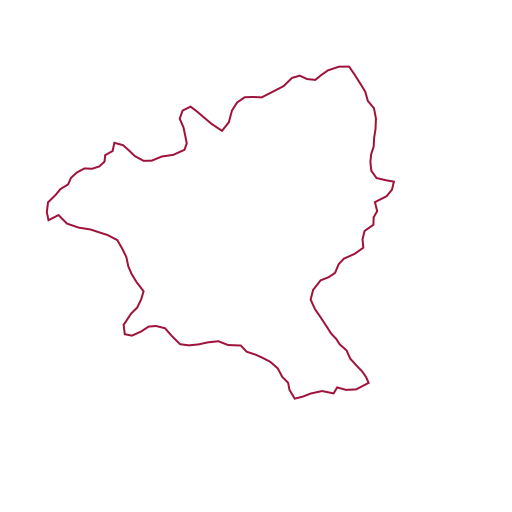 outline of Arroio do Padre, Rio Grande do Sul, Brazil, rotated 244°
{"feature_id": "56859067B75145798088973", "entity_name": "Arroio do Padre", "entity_type": "district", "adm_level": 2, "iso_a3": "BRA", "parent_name": "Brazil", "parent_adm1": "Rio Grande do Sul", "projection": "mercator", "projection_center": [-52.399, -31.438], "detail": "fine", "context": "isolated", "style": "outline", "palette": "rose", "viewbox_px": 512, "rotation_deg": 244, "n_neighbors": 0, "source": "geoboundaries", "source_scale": "gbopen_adm2", "svg_char_len": 1849}
<svg xmlns="http://www.w3.org/2000/svg" viewBox="0 0 512 512"><g transform="rotate(244 256 256)"><path d="M262.4,412.5L266.9,406.3L273.2,398.5L282.1,397.0L290.5,400.1L297.1,404.2L302.7,409.7L310.6,414.1L317.6,419.0L326.8,424.0L337.0,426.8L346.4,424.5L355.7,426.2L364.5,425.4L375.2,424.2L385.4,422.7L389.8,413.6L391.3,402.0L390.0,393.8L388.3,386.5L392.7,379.4L398.9,374.4L400.3,366.3L396.6,355.4L396.3,342.5L396.1,330.6L400.3,322.9L403.6,315.5L402.3,306.3L397.2,298.1L388.1,290.2L383.4,280.3L394.0,274.1L403.9,269.7L411.3,266.5L418.9,262.7L418.9,253.8L412.8,247.6L403.3,247.2L394.3,244.9L387.7,243.2L382.8,238.3L383.2,225.9L386.7,215.0L387.4,204.1L390.8,196.7L398.7,191.0L407.3,187.8L413.9,185.1L419.8,178.3L413.2,173.1L412.8,164.7L407.2,161.2L405.2,154.3L406.3,146.9L409.9,140.2L409.6,131.6L407.3,123.9L402.7,118.5L401.9,109.6L398.7,102.6L395.4,92.6L387.1,87.2L379.1,85.2L379.4,96.4L368.0,100.3L359.2,109.1L352.4,118.9L346.3,125.1L340.1,131.6L331.1,138.3L320.9,139.0L311.9,139.0L302.7,136.7L294.5,136.3L284.8,137.2L273.6,139.5L267.3,133.7L261.7,126.6L259.0,118.5L252.1,106.8L243.2,103.8L238.8,109.6L238.5,119.4L239.6,128.6L236.9,135.5L230.9,142.6L220.6,145.4L210.0,149.1L205.1,156.5L201.8,165.4L199.5,174.8L195.9,184.8L188.2,191.9L182.2,203.1L174.1,205.6L167.6,212.3L161.0,217.7L154.7,222.4L145.4,226.3L135.9,226.6L127.9,229.3L121.1,227.4L110.8,228.3L109.1,236.4L108.4,244.9L105.7,256.1L98.5,265.5L102.3,271.4L96.2,278.2L92.2,287.5L92.6,301.6L98.9,301.9L106.1,300.7L113.1,298.4L122.4,295.7L131.4,296.0L139.9,292.5L146.2,291.8L153.4,289.5L161.0,288.7L172.3,287.2L182.6,285.7L192.9,286.0L200.5,292.5L205.8,303.4L205.1,312.3L206.2,319.7L212.4,326.7L215.1,333.8L214.7,345.7L216.4,356.1L224.2,359.0L230.9,364.5L232.6,375.2L239.2,378.7L243.2,384.6L252.3,386.5L252.5,399.7L256.1,407.4L262.4,412.5Z" fill="none" stroke="#9f1239" stroke-width="2"/></g></svg>